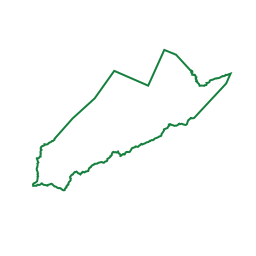 Jimi District, Western Highlands, Papua New Guinea, rotated 114°
{"feature_id": "67681753B26573357069197", "entity_name": "Jimi District", "entity_type": "district", "adm_level": 2, "iso_a3": "PNG", "parent_name": "Papua New Guinea", "parent_adm1": "Western Highlands", "projection": "albers", "projection_center": [144.768, -5.523], "detail": "fine", "context": "isolated", "style": "outline", "palette": "green", "viewbox_px": 256, "rotation_deg": 114, "n_neighbors": 0, "source": "geoboundaries", "source_scale": "gbopen_adm2", "svg_char_len": 5901}
<svg xmlns="http://www.w3.org/2000/svg" viewBox="0 0 256 256"><g transform="rotate(114 128 128)"><path d="M81.4,163.8L114.5,170.5L141.8,182.5L167.7,190.7L168.6,190.4L168.8,190.4L170.1,191.3L170.5,191.4L170.9,192.2L171.6,192.5L172.1,192.7L172.5,193.0L172.8,193.4L173.3,193.7L173.8,194.3L174.3,194.4L174.6,194.4L175.0,194.7L175.4,194.8L175.9,195.3L176.2,195.6L176.5,196.2L176.6,196.7L176.6,197.3L176.7,197.5L176.8,197.4L177.7,197.3L178.0,197.5L178.5,198.2L178.9,198.3L179.2,198.8L179.7,199.2L180.2,199.5L180.8,199.6L181.2,199.3L181.4,199.3L181.6,199.4L181.9,199.6L182.2,199.5L182.9,199.0L183.2,198.7L183.3,198.1L184.5,198.5L186.0,198.0L186.4,197.4L187.1,197.4L187.4,197.1L187.8,197.0L188.5,197.0L189.3,196.3L189.6,196.2L189.8,196.5L190.2,196.7L190.5,197.0L191.2,197.1L191.7,197.3L192.1,197.7L192.3,198.2L192.5,198.7L192.8,199.0L193.1,198.9L193.7,198.0L194.1,197.7L195.0,197.0L196.0,195.8L196.3,195.9L197.2,196.3L197.4,196.1L198.2,195.7L198.7,195.5L199.5,195.2L200.0,195.2L200.5,194.9L201.3,195.0L202.2,194.9L202.8,194.5L203.2,194.4L203.4,194.1L203.9,193.9L204.1,193.5L204.7,192.8L205.5,192.4L205.9,191.9L206.2,191.7L206.5,191.9L206.9,191.7L207.5,191.7L207.9,191.1L208.6,190.5L209.4,190.8L209.8,190.4L212.6,189.6L213.4,189.4L213.8,189.5L215.4,190.2L216.9,191.6L217.2,191.6L217.7,191.8L218.1,191.9L218.6,191.6L219.2,191.1L219.4,191.0L218.6,189.6L218.3,188.8L218.0,188.1L217.3,187.9L216.6,187.5L216.4,186.7L216.0,185.7L215.1,185.0L214.2,184.6L213.8,184.5L213.6,184.1L213.7,183.9L214.1,183.0L214.2,182.1L214.1,181.8L213.8,180.5L213.6,179.8L213.6,179.1L213.5,178.5L213.4,178.1L213.2,178.1L212.6,178.1L211.7,176.9L210.1,175.4L210.1,175.0L210.1,174.3L210.4,174.1L210.6,173.3L210.8,172.7L210.9,172.1L211.3,171.4L211.2,171.1L211.1,170.8L210.9,170.0L211.1,169.1L211.3,168.6L211.3,167.1L211.1,166.7L210.7,166.3L210.6,165.4L210.5,165.0L210.7,164.4L211.0,163.9L211.1,163.5L210.9,163.1L211.2,162.1L211.2,161.7L210.7,160.8L210.5,160.6L210.2,160.6L209.7,160.8L208.3,160.7L208.1,160.4L207.9,160.3L207.6,160.1L207.4,160.0L207.0,160.1L206.8,160.3L206.5,160.5L206.1,160.2L205.5,160.4L204.8,160.1L204.6,159.7L203.9,159.4L203.2,159.9L202.7,159.8L201.9,160.0L201.5,159.9L201.2,159.9L200.6,159.7L199.8,159.2L199.2,159.2L198.1,159.6L197.4,159.7L197.2,160.5L196.2,161.0L194.2,160.5L193.5,160.2L193.3,159.8L193.0,159.7L192.7,159.4L191.8,159.4L191.1,159.2L190.8,159.1L190.3,158.8L190.0,158.8L189.8,158.6L189.9,158.3L189.6,158.1L189.2,157.7L188.8,157.4L189.0,156.5L189.6,155.3L189.5,155.1L189.4,154.7L189.6,154.0L189.6,153.4L189.8,152.6L189.2,152.4L188.7,152.5L188.4,152.4L187.8,151.8L187.2,151.9L186.7,151.6L186.4,151.5L186.3,149.7L185.9,149.6L185.7,149.3L184.9,148.9L184.5,148.1L184.2,147.9L184.0,147.5L183.5,146.8L183.1,146.8L182.9,147.0L182.5,147.0L182.0,147.0L181.5,147.1L181.1,147.2L180.6,147.0L180.0,147.0L179.8,146.6L179.5,146.5L179.1,146.4L178.8,146.3L178.7,146.0L178.1,146.1L177.5,145.8L176.9,145.7L176.3,145.2L175.7,144.7L175.3,144.2L174.8,144.2L174.1,143.7L174.1,143.4L173.6,142.6L172.9,141.5L172.4,141.3L172.2,141.0L171.7,140.8L171.0,139.8L170.5,139.2L170.1,138.7L169.7,137.9L169.8,137.6L169.9,137.3L169.6,136.5L169.6,136.1L169.6,135.9L168.4,135.5L168.0,135.2L167.4,134.6L167.0,133.9L166.8,133.8L166.2,133.9L165.8,133.8L165.3,133.9L164.8,134.2L164.5,134.3L163.9,133.7L163.3,133.3L162.4,132.8L161.7,132.5L161.0,132.7L160.8,132.4L160.7,132.2L160.2,132.2L159.8,131.9L159.2,131.8L158.6,132.2L158.1,132.3L157.0,132.1L156.5,132.2L155.8,131.7L155.9,131.3L155.8,130.7L155.5,130.4L155.4,130.0L155.2,129.8L155.2,129.3L155.0,129.1L155.1,128.8L155.0,128.5L155.0,128.2L154.7,127.8L153.6,127.5L153.8,127.2L154.6,126.5L155.1,125.6L155.0,125.2L155.4,124.3L155.8,123.6L156.1,123.5L156.6,123.6L156.6,123.4L156.1,123.2L155.9,122.9L155.6,122.7L155.1,122.6L153.8,121.9L153.6,121.7L153.8,121.2L153.9,120.9L153.7,120.5L153.4,120.2L152.5,120.3L151.8,120.1L151.5,120.2L151.1,120.1L150.6,119.6L150.3,119.3L150.1,118.9L150.0,118.4L149.8,117.8L149.6,117.3L149.2,116.8L148.6,116.6L146.5,116.3L145.5,116.2L145.2,116.3L144.9,116.2L144.7,115.9L144.2,115.6L143.6,114.7L143.1,114.4L142.8,113.9L142.6,113.8L142.1,113.8L141.8,113.6L141.6,113.3L141.4,111.8L141.1,111.2L140.8,110.9L140.3,110.8L139.7,110.7L139.4,110.6L138.8,110.0L137.9,109.7L137.3,109.5L137.0,109.2L137.3,108.3L136.9,108.1L136.6,107.8L136.1,107.1L135.7,106.9L135.1,106.2L134.4,105.8L133.8,105.2L133.3,104.9L133.0,104.4L132.7,103.8L132.2,103.5L131.7,103.3L131.0,102.5L130.6,102.6L130.0,101.9L129.4,101.4L129.2,100.7L129.0,100.3L128.4,100.0L127.8,99.5L127.2,99.5L126.6,99.1L126.1,98.6L125.3,97.7L124.7,97.2L124.0,96.5L123.6,96.4L122.8,95.8L122.1,94.8L121.6,94.5L121.0,94.5L120.6,94.7L120.1,94.9L119.4,94.7L118.8,94.7L117.7,94.4L115.5,94.1L115.2,94.2L114.8,94.6L114.6,94.6L113.6,93.6L112.1,92.1L111.9,91.9L111.4,91.9L110.4,91.9L109.6,91.6L109.2,91.3L108.8,91.8L108.3,92.1L107.9,91.9L107.5,91.3L107.2,90.8L107.5,89.7L107.4,89.2L107.1,87.7L107.2,86.4L106.5,85.6L106.3,85.0L106.2,84.7L105.0,83.8L104.3,83.4L103.7,83.3L103.3,83.0L103.5,82.7L103.5,82.4L103.3,81.9L102.8,81.4L102.4,80.9L102.3,80.5L102.2,79.9L102.3,79.1L102.1,78.3L102.0,77.4L101.8,76.7L101.5,76.3L101.2,76.1L100.4,75.8L98.4,76.0L96.4,76.1L96.1,75.8L95.5,75.7L94.8,75.3L93.7,74.7L93.5,74.8L93.3,74.8L93.1,74.2L93.2,73.8L93.2,73.5L92.0,71.7L81.1,68.0L47.4,56.4L37.8,56.4L36.6,56.4L38.4,58.3L38.9,58.6L39.5,59.5L39.8,60.5L40.7,60.6L41.8,61.7L42.1,62.8L42.8,63.1L43.8,64.0L44.6,64.5L45.9,65.9L46.2,66.9L46.9,67.4L47.2,68.3L48.7,69.6L49.7,70.6L50.8,72.1L51.4,72.5L52.8,72.3L53.9,72.9L54.9,74.6L55.8,74.0L56.9,73.9L57.6,75.2L58.4,75.4L58.7,76.5L59.3,78.0L60.3,79.8L59.0,80.9L58.3,82.9L57.7,83.4L57.9,84.0L57.6,84.8L56.4,84.6L56.1,85.7L55.3,85.8L55.1,86.3L54.0,86.2L54.1,86.8L53.4,87.1L52.6,87.8L52.2,88.8L52.5,89.4L52.8,89.2L53.2,91.0L52.7,91.0L52.1,91.8L51.7,92.7L51.0,93.1L50.8,92.8L50.5,93.0L50.3,92.2L49.9,92.5L49.7,93.7L50.0,94.3L41.5,113.9L41.9,126.6L81.1,126.8L81.4,163.8Z" fill="none" stroke="#15803d" stroke-width="2"/></g></svg>